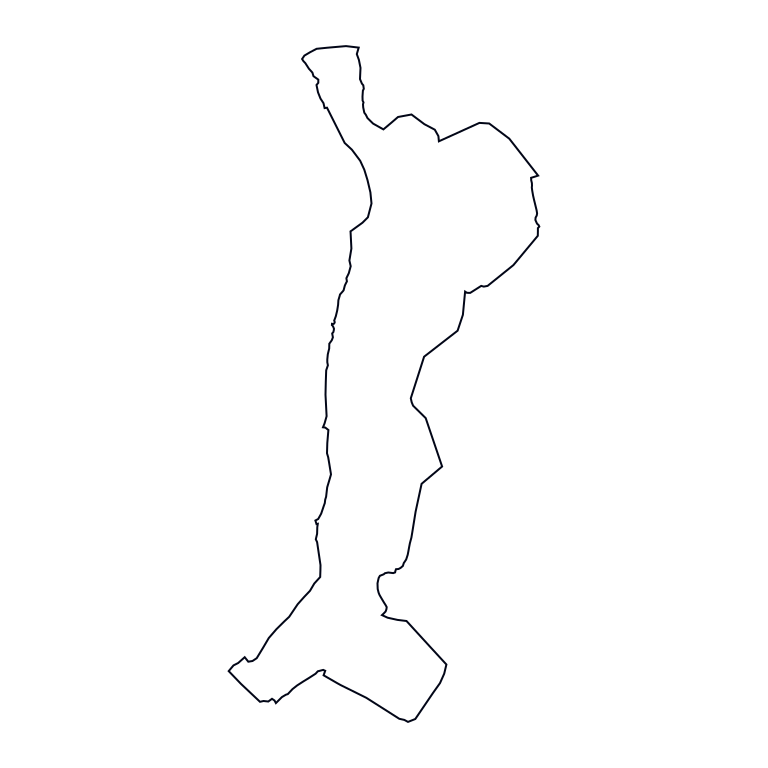 outline of Yauri, Kebbi, Nigeria
{"feature_id": "59680162B47779539071975", "entity_name": "Yauri", "entity_type": "district", "adm_level": 2, "iso_a3": "NGA", "parent_name": "Nigeria", "parent_adm1": "Kebbi", "projection": "robinson", "projection_center": [4.721, 10.768], "detail": "fine", "context": "isolated", "style": "outline", "palette": "ink", "viewbox_px": 768, "rotation_deg": 0, "n_neighbors": 0, "source": "geoboundaries", "source_scale": "gbopen_adm2", "svg_char_len": 3268}
<svg xmlns="http://www.w3.org/2000/svg" viewBox="0 0 768 768"><path d="M324.6,108.1L327.0,107.7L344.7,143.0L351.9,149.7L360.2,160.8L364.3,169.7L367.5,180.1L370.4,192.4L371.5,203.5L367.9,217.3L367.3,217.9L362.5,222.7L350.5,231.4L350.6,232.7L351.4,248.5L349.4,260.5L350.7,266.2L348.8,273.2L346.4,278.2L346.9,281.4L345.9,283.3L344.9,285.4L344.8,285.7L343.6,290.3L343.0,291.1L340.0,294.5L339.7,295.8L338.4,300.2L338.1,304.8L337.2,310.5L335.8,316.3L334.2,320.6L334.5,321.3L334.7,322.2L334.6,322.7L334.2,323.3L333.7,323.9L333.1,324.0L332.0,323.8L331.9,325.1L332.6,325.7L333.3,327.0L334.0,328.8L333.7,330.7L333.3,332.2L332.2,333.4L332.2,333.6L332.9,337.3L331.9,340.0L331.4,340.8L329.3,343.7L329.3,344.4L329.2,348.5L327.8,354.3L327.3,359.4L327.3,362.3L327.9,365.3L326.2,370.3L325.8,381.5L325.5,394.7L326.6,416.2L324.6,423.3L323.0,427.3L325.3,427.6L328.4,430.0L327.3,443.0L327.0,453.3L328.2,457.3L329.3,463.9L331.0,474.4L329.5,479.6L327.2,487.3L326.1,496.8L325.2,499.7L324.8,503.1L323.9,505.6L321.2,513.6L320.5,514.9L318.2,519.0L315.4,520.5L315.8,521.8L316.5,524.1L317.8,523.8L317.3,527.0L317.1,533.8L315.8,539.3L317.1,542.1L320.5,565.1L320.4,570.7L320.2,576.4L320.2,577.0L319.3,578.0L314.3,583.5L310.0,590.8L304.3,596.8L297.7,604.2L289.2,616.8L284.4,621.3L276.5,629.1L268.8,638.0L263.1,647.7L256.7,658.2L252.5,661.0L248.3,661.7L244.7,657.2L238.2,663.0L233.5,665.4L228.7,671.1L241.0,683.9L260.0,701.8L263.5,701.0L268.3,701.5L272.0,698.8L274.5,700.5L275.9,703.1L281.9,697.1L285.9,694.7L287.8,694.1L292.5,689.1L297.2,685.4L303.4,681.4L309.4,677.7L315.6,673.7L317.8,671.3L323.2,669.9L325.2,670.8L323.6,675.3L337.1,683.1L340.7,685.1L366.3,697.8L399.3,718.8L404.3,719.9L408.0,721.9L415.3,719.0L433.1,692.8L440.0,683.1L444.2,673.7L446.4,664.5L430.1,646.8L406.5,621.0L397.5,619.9L387.6,617.7L382.0,615.1L383.6,613.6L385.6,611.5L386.4,609.3L386.7,607.1L385.5,604.9L384.2,602.9L382.7,600.4L381.1,597.7L379.5,594.9L378.6,592.7L377.7,589.0L377.5,583.3L378.2,580.0L378.7,577.9L379.9,575.8L383.7,574.3L385.0,573.2L388.3,572.5L393.2,573.1L395.1,572.4L395.5,570.6L396.0,569.2L398.5,569.0L400.6,567.9L402.9,565.9L403.8,563.0L404.8,561.6L406.2,559.4L407.7,554.8L408.4,551.2L409.1,547.3L409.9,543.2L411.4,537.6L412.3,532.2L415.6,511.7L421.6,483.8L442.1,466.5L425.7,418.1L413.1,405.7L411.7,402.3L410.8,398.3L424.1,356.7L457.6,330.7L462.9,314.8L465.1,291.6L466.9,292.8L470.2,292.9L481.2,285.9L483.8,286.6L487.6,285.9L513.4,265.1L537.8,235.8L537.9,231.0L537.9,228.1L539.3,226.6L538.6,225.1L537.0,223.6L535.4,220.0L535.6,217.6L536.7,215.6L537.1,213.4L536.6,210.3L534.8,202.9L534.2,200.5L533.1,195.7L532.2,190.5L531.8,187.5L532.0,185.7L531.9,183.1L531.2,180.2L531.1,177.8L533.8,177.0L538.1,175.6L509.3,138.7L489.2,123.5L479.4,122.9L438.9,141.3L438.4,136.1L434.8,129.7L424.4,124.2L411.5,114.5L398.0,117.0L391.5,122.6L383.4,129.4L373.1,123.6L367.5,118.1L365.8,114.7L364.3,112.7L363.2,107.4L363.0,104.3L363.5,102.4L362.6,100.6L362.5,96.5L362.9,90.6L363.8,88.8L363.3,85.3L361.9,83.6L360.0,79.1L360.2,74.5L360.5,67.9L358.9,59.9L356.8,54.1L358.7,47.6L346.0,46.1L327.5,47.7L316.6,48.8L310.3,52.1L304.4,55.6L302.1,59.0L303.4,61.1L305.3,63.1L308.9,68.7L312.4,72.6L313.5,76.2L318.3,79.6L318.3,82.8L316.5,85.0L318.0,92.3L320.5,98.6L323.5,103.2L324.6,108.1Z" fill="none" stroke="#020617" stroke-width="2"/></svg>